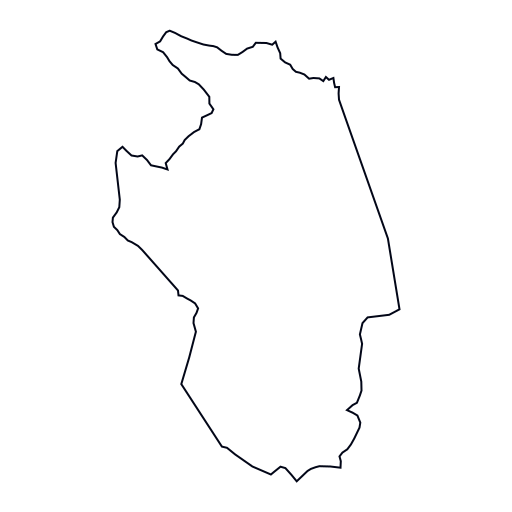 Caraúbas, Paraíba, Brazil (Natural Earth projection)
{"feature_id": "56859067B97216442550612", "entity_name": "Caraúbas", "entity_type": "district", "adm_level": 2, "iso_a3": "BRA", "parent_name": "Brazil", "parent_adm1": "Paraíba", "projection": "natural_earth1", "projection_center": [-36.523, -7.775], "detail": "fine", "context": "isolated", "style": "outline", "palette": "ink", "viewbox_px": 512, "rotation_deg": 0, "n_neighbors": 0, "source": "geoboundaries", "source_scale": "gbopen_adm2", "svg_char_len": 1939}
<svg xmlns="http://www.w3.org/2000/svg" viewBox="0 0 512 512"><path d="M339.0,99.7L338.6,93.5L339.0,87.0L335.1,87.2L334.1,82.9L333.4,78.0L329.0,79.8L325.9,77.0L323.3,81.1L319.3,78.4L313.4,78.0L309.1,78.7L304.4,74.5L299.8,72.7L295.9,71.8L292.7,69.0L290.2,64.7L285.1,62.4L280.6,58.6L280.2,53.2L277.6,47.5L275.6,41.7L272.2,44.7L266.4,43.0L255.8,42.8L252.8,46.8L247.1,48.6L242.5,52.0L237.8,54.9L231.9,54.8L226.2,53.9L221.6,50.8L217.1,47.3L213.3,46.1L209.3,45.6L203.4,44.5L196.1,42.1L191.4,40.5L187.2,38.6L181.1,36.2L175.0,32.9L169.7,30.7L166.2,32.2L163.1,36.4L160.1,41.4L155.5,44.0L157.3,49.4L163.1,52.2L167.1,57.2L169.5,61.2L172.7,65.0L177.9,68.5L181.7,73.7L185.9,77.2L189.7,80.5L194.9,82.0L198.8,84.3L203.7,89.5L209.3,96.8L209.4,103.6L213.4,109.3L211.6,113.1L207.2,115.2L202.0,117.6L201.1,124.2L199.4,129.2L194.1,132.0L188.6,136.2L184.7,140.0L182.8,143.6L179.2,146.6L176.0,151.3L173.1,154.2L169.5,159.1L165.7,163.1L167.5,169.5L162.0,167.6L156.7,166.5L151.0,165.3L147.0,160.0L142.2,155.4L137.6,156.5L131.5,155.5L126.4,150.8L122.5,146.8L117.3,151.1L115.6,162.9L119.8,199.7L119.3,207.2L116.7,212.4L112.9,217.6L112.5,222.1L113.9,226.8L117.3,230.1L119.9,234.1L124.4,237.0L127.8,240.5L131.6,242.1L138.0,245.9L142.1,249.9L178.0,290.5L178.5,295.4L182.7,295.9L187.2,298.6L190.6,300.4L195.1,303.4L198.1,308.4L196.5,312.9L193.9,317.4L193.5,323.1L195.9,331.7L189.2,357.5L181.3,384.1L221.9,446.6L227.0,447.8L235.1,454.4L252.4,466.5L270.9,474.5L274.4,471.6L280.5,466.7L285.4,468.1L291.4,474.8L296.7,481.3L307.5,471.0L310.9,468.9L315.6,467.2L319.4,466.2L330.4,466.5L340.5,467.7L340.8,461.2L339.5,456.4L342.4,452.6L347.3,449.3L350.9,444.5L354.2,438.6L359.5,427.6L360.3,422.6L357.4,415.5L353.0,412.9L347.0,410.1L352.6,405.1L356.9,402.8L359.9,395.4L361.5,390.6L361.3,381.7L358.7,368.6L362.1,343.8L361.1,339.4L359.9,334.4L362.5,323.1L367.6,317.4L389.2,314.8L399.5,309.3L387.9,238.5L345.1,117.1L339.0,99.7Z" fill="none" stroke="#020617" stroke-width="2"/></svg>